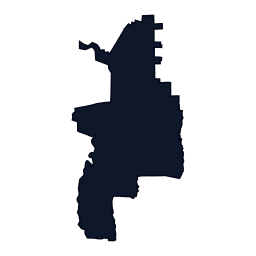 the district of Kota Binjai, Sumatera Utara, Indonesia
{"feature_id": "22746128B66679629138785", "entity_name": "Kota Binjai", "entity_type": "district", "adm_level": 2, "iso_a3": "IDN", "parent_name": "Indonesia", "parent_adm1": "Sumatera Utara", "projection": "equal_earth", "projection_center": [98.479, 3.6], "detail": "fine", "context": "isolated", "style": "filled", "palette": "ink", "viewbox_px": 256, "rotation_deg": 0, "n_neighbors": 0, "source": "geoboundaries", "source_scale": "gbopen_adm2", "svg_char_len": 5666}
<svg xmlns="http://www.w3.org/2000/svg" viewBox="0 0 256 256"><path d="M142.7,15.8L142.2,19.1L142.2,22.3L135.4,20.4L135.2,23.1L132.0,22.3L131.4,25.7L128.6,24.0L124.2,29.2L123.0,31.9L120.9,35.2L120.2,36.6L119.1,38.2L116.2,43.4L114.4,46.0L112.4,49.5L109.3,54.1L107.8,52.0L105.4,52.5L104.3,52.2L104.2,51.0L104.0,50.0L102.6,50.0L100.5,50.6L99.5,48.9L98.9,47.1L96.7,44.6L94.6,43.6L92.3,42.7L89.3,45.2L88.0,45.9L83.9,44.4L79.6,41.5L79.6,48.4L85.2,49.5L92.0,46.7L94.0,48.8L95.3,51.2L95.9,59.9L108.7,64.8L108.8,68.3L111.5,73.1L111.2,93.1L110.8,102.2L109.1,102.3L107.6,102.5L105.7,102.5L96.8,103.8L90.3,105.6L75.0,108.5L75.3,110.9L75.0,111.9L74.2,112.8L73.7,113.1L73.4,113.1L73.2,113.3L73.0,113.6L73.0,113.8L72.7,114.9L73.0,115.0L72.9,115.2L72.6,115.2L72.7,115.7L73.0,115.9L72.4,119.9L77.7,121.7L77.8,130.9L79.3,131.7L88.2,134.9L88.7,135.3L93.7,137.1L94.4,135.8L94.9,134.3L95.9,137.2L95.6,138.0L94.6,138.1L92.5,138.8L91.7,140.6L91.9,142.6L92.5,143.8L95.1,147.6L95.3,148.3L95.3,149.1L94.4,151.3L93.8,153.2L92.4,152.8L91.7,152.7L90.8,153.0L90.0,153.7L89.5,154.4L89.0,155.4L89.1,156.5L89.5,157.0L90.2,157.4L91.4,157.5L91.9,157.7L92.0,157.8L92.5,158.5L92.9,160.8L93.3,161.9L93.5,162.7L93.1,164.3L91.8,166.4L91.3,166.6L90.9,166.3L90.9,165.9L91.1,165.4L91.1,164.6L90.9,164.0L89.3,162.6L88.9,162.1L88.2,161.2L87.0,160.8L86.1,161.8L85.7,163.2L85.5,164.1L85.3,167.3L84.9,168.2L84.1,169.2L83.7,170.4L83.9,172.4L84.2,173.5L83.8,175.5L82.5,176.7L80.1,179.2L79.7,179.9L79.7,180.8L79.5,181.4L79.5,182.2L79.4,183.0L79.2,183.4L79.0,185.8L78.6,188.5L78.8,190.5L79.3,193.5L78.9,196.2L78.0,197.2L77.3,198.6L77.3,200.3L78.6,203.0L79.1,204.5L79.2,205.2L78.8,205.8L78.6,206.5L78.7,207.4L78.7,208.3L78.5,209.5L78.6,209.9L77.9,211.3L77.6,212.0L77.9,213.0L78.6,214.3L79.4,215.9L79.5,218.3L80.0,219.5L79.8,221.6L79.4,222.7L78.5,224.1L78.5,224.7L78.9,225.4L79.5,225.7L81.1,228.0L82.9,229.1L84.8,229.1L85.1,229.5L85.2,230.2L85.1,232.8L85.5,234.4L86.9,236.7L87.4,237.8L89.1,237.9L90.0,238.0L90.1,237.7L95.1,238.1L95.3,238.0L95.6,238.2L96.8,238.3L97.2,238.6L99.8,238.6L100.2,238.8L100.3,238.6L100.7,238.6L102.5,238.6L102.6,238.3L102.4,238.1L102.4,237.9L108.6,238.2L108.6,240.4L113.9,240.6L114.0,240.1L114.8,240.1L114.8,239.7L115.5,239.7L115.5,238.2L115.3,236.9L115.5,235.6L115.6,234.8L115.6,234.1L115.5,233.1L115.5,232.7L115.4,232.5L114.9,232.4L115.0,232.0L115.1,231.9L115.2,230.9L114.9,230.2L114.8,229.3L114.8,228.6L115.0,228.0L115.2,227.8L115.3,227.4L115.3,225.6L114.8,224.3L114.4,223.9L114.3,223.4L114.2,223.2L114.3,222.9L114.1,222.2L114.4,221.5L114.4,220.9L114.4,220.1L113.9,219.4L113.8,218.8L113.5,218.3L113.3,218.3L113.1,217.4L113.0,217.1L112.6,216.7L112.2,215.6L112.1,214.8L112.2,214.4L112.2,213.8L112.2,213.5L112.7,213.6L112.9,213.5L112.8,212.9L112.8,212.6L113.0,212.5L113.1,212.3L113.0,212.1L112.9,212.1L112.8,211.7L112.9,210.6L112.7,210.2L112.6,209.8L112.5,209.4L112.3,208.7L112.1,208.2L112.2,207.7L112.0,206.9L112.0,206.2L112.0,205.7L111.8,204.8L111.9,203.4L111.8,202.6L111.7,201.3L112.2,199.5L112.2,198.6L112.3,198.2L112.5,197.9L112.9,197.5L113.0,196.0L118.5,196.2L118.9,195.8L119.9,195.9L120.4,196.3L121.3,196.2L121.8,196.3L130.6,196.7L130.7,197.0L132.8,198.3L133.6,198.1L134.0,197.2L134.3,196.8L134.7,196.8L135.3,195.7L135.7,195.8L135.9,195.8L136.0,195.6L136.2,195.8L136.3,195.0L136.6,194.2L136.7,192.6L137.2,191.4L137.4,191.6L137.6,191.5L137.7,191.2L138.0,191.2L138.1,190.8L138.0,190.5L137.5,189.9L137.4,189.4L137.4,189.2L137.4,188.0L137.2,187.8L137.2,187.6L137.4,187.1L138.2,187.4L138.4,187.2L138.6,186.6L138.0,186.0L137.6,185.6L137.1,185.6L137.1,184.7L136.9,184.8L136.7,184.7L136.7,184.2L136.6,183.5L136.4,181.0L136.8,180.7L136.8,180.1L137.0,179.7L137.3,179.5L137.4,179.1L137.4,178.3L137.2,177.4L137.1,176.8L137.3,176.5L137.9,176.2L138.3,176.3L139.1,176.2L139.5,175.9L142.7,175.7L147.3,175.6L151.5,175.7L165.6,175.5L179.5,178.3L181.9,173.7L181.9,173.2L181.7,172.7L183.2,171.2L183.2,170.9L182.9,170.5L183.0,170.4L182.9,170.0L183.0,169.5L183.2,169.1L183.2,168.6L183.1,167.7L183.0,167.4L182.9,167.3L182.9,165.7L182.6,165.1L182.8,163.8L182.6,163.6L182.6,162.7L182.8,162.7L183.1,162.4L183.3,162.0L183.4,161.6L183.5,161.5L183.6,161.2L183.4,160.9L183.2,160.3L182.6,159.9L182.7,159.5L183.0,159.5L183.3,159.0L182.7,158.4L182.4,157.8L182.5,157.6L183.0,156.8L183.0,155.3L183.2,155.2L183.2,154.7L183.0,154.1L183.1,153.5L183.2,153.4L183.2,152.9L182.9,151.8L181.8,151.2L181.7,150.9L181.7,150.4L181.8,150.0L182.1,150.0L182.2,149.6L182.5,149.3L182.8,148.7L182.7,148.6L182.2,148.7L181.9,148.6L181.9,148.4L182.3,148.2L182.3,147.7L182.1,147.3L182.1,147.0L182.3,146.5L181.9,145.6L181.6,145.5L181.2,144.6L181.1,143.8L180.7,142.8L180.8,141.5L181.1,140.7L181.3,140.2L181.4,139.2L181.1,138.6L180.8,138.6L180.6,139.3L180.3,139.6L180.0,139.7L180.0,140.1L179.8,140.3L179.6,139.9L179.2,139.9L178.9,139.5L178.5,139.1L178.7,138.4L179.7,138.3L179.6,137.8L180.0,137.2L180.0,135.6L179.3,134.7L179.1,133.9L179.4,133.4L179.9,133.0L180.0,130.7L180.4,129.9L180.2,128.8L180.4,127.9L180.8,127.7L181.9,124.3L181.8,122.9L181.7,120.5L182.8,117.9L181.9,115.0L182.1,110.7L179.8,110.9L179.2,108.4L179.1,104.3L178.5,104.1L178.5,101.8L178.9,101.7L178.8,96.0L170.5,96.1L170.6,88.8L170.5,88.3L170.5,82.8L169.7,82.5L165.5,82.5L165.5,83.0L164.4,82.9L164.4,82.7L164.1,82.8L162.8,82.8L159.6,82.5L159.6,79.1L154.7,78.9L154.6,76.6L153.3,76.6L153.3,76.2L154.6,76.2L154.6,73.5L154.5,67.7L154.3,63.7L160.1,63.6L160.2,60.5L161.3,60.5L161.6,57.2L161.5,57.4L158.6,57.2L158.3,57.1L157.0,57.2L155.5,57.1L155.3,57.0L154.2,57.1L154.1,54.8L154.2,54.3L154.2,47.1L161.6,47.4L161.6,45.1L160.4,45.1L160.5,42.3L153.9,42.2L153.9,34.5L153.8,29.1L162.2,28.7L162.1,23.7L153.8,24.1L153.5,15.4L142.7,15.8Z" fill="#0f172a" stroke="#020617" stroke-width="1.5"/></svg>